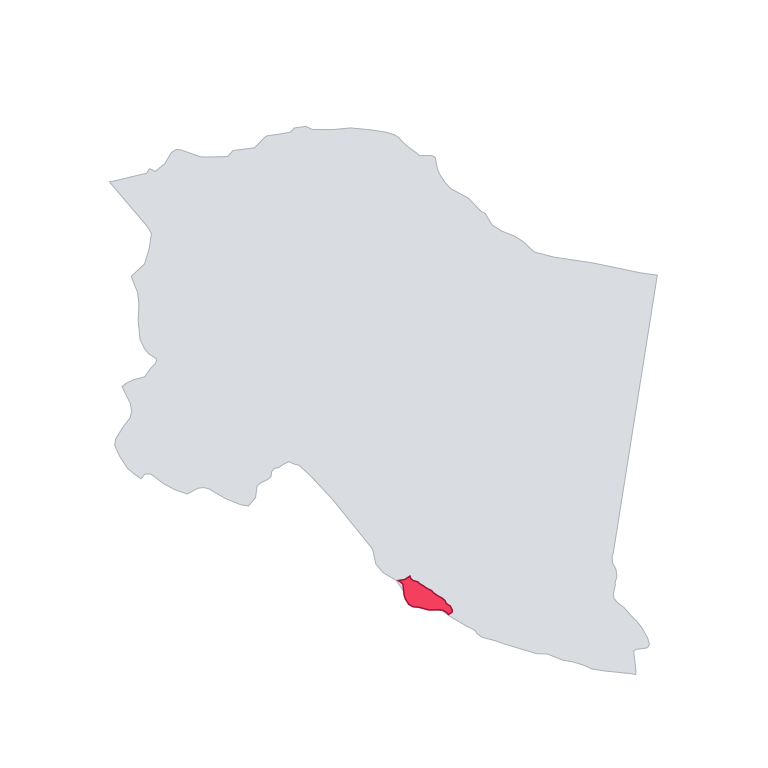 where Bundibugyo sits in Uganda, rotated 279°
{"feature_id": "UGA-3104", "entity_name": "Bundibugyo", "entity_type": "District", "adm_level": 1, "iso_a3": "UGA", "parent_name": "Uganda", "parent_adm1": "", "projection": "natural_earth1", "projection_center": [30.039, 0.68], "detail": "fine", "context": "in_parent", "style": "filled", "palette": "rose", "viewbox_px": 768, "rotation_deg": 279, "n_neighbors": 0, "source": "natural_earth", "source_scale": "10m", "svg_char_len": 2956}
<svg xmlns="http://www.w3.org/2000/svg" viewBox="0 0 768 768"><g transform="rotate(279 384 384)"><path d="M534.2,636.9L524.2,636.9L507.8,636.9L491.5,636.9L475.1,636.9L458.8,636.9L442.4,636.9L426.1,636.9L409.7,636.9L393.4,636.9L377.0,636.9L360.7,636.9L344.3,636.9L328.0,636.9L311.7,636.9L295.3,636.9L279.0,636.9L262.6,636.9L252.9,636.9L251.0,636.6L249.7,636.2L243.5,637.5L237.1,642.2L230.3,644.1L223.1,643.3L222.2,643.9L218.5,643.7L213.2,643.4L208.4,644.6L204.7,648.7L201.0,655.7L194.3,663.7L189.1,670.9L184.6,675.9L174.4,684.2L168.8,686.7L166.1,686.3L164.4,684.8L161.2,674.1L159.2,672.4L139.4,677.9L136.4,678.0L136.6,674.6L135.2,649.6L135.0,634.3L137.6,624.7L139.1,613.6L139.2,603.9L142.9,587.3L141.5,577.3L146.2,542.4L147.5,536.7L149.3,519.9L152.2,514.7L154.8,512.6L158.2,502.3L164.7,485.7L169.2,477.2L168.3,458.6L169.0,446.0L170.0,443.2L179.6,438.4L192.1,426.7L197.3,413.0L204.8,404.2L219.2,398.5L261.9,351.3L281.8,325.8L290.5,312.8L290.8,308.1L292.4,302.0L288.9,297.2L284.8,292.8L283.4,288.8L279.9,286.8L274.8,286.9L271.4,284.0L267.5,278.2L263.7,274.6L251.6,274.9L242.3,269.1L242.4,261.1L246.0,245.4L253.1,227.4L253.5,222.5L252.5,218.2L250.8,214.6L247.6,211.0L244.6,206.7L246.9,193.8L251.4,181.1L255.0,174.7L258.6,167.6L257.6,161.8L252.3,158.9L255.1,153.2L260.7,143.7L271.6,134.0L281.2,127.6L287.6,127.5L300.0,132.7L311.3,138.7L317.5,139.0L325.0,136.5L340.5,125.7L344.3,129.2L348.8,135.7L353.7,146.5L363.5,151.4L368.2,154.8L371.6,155.8L373.5,155.0L377.2,146.5L381.6,141.8L389.9,136.0L408.2,131.3L421.3,129.9L426.8,128.9L436.1,126.2L450.7,117.5L465.1,128.7L480.8,130.9L496.0,130.8L500.6,127.4L503.2,124.8L519.1,106.3L540.6,81.3L555.0,116.5L559.9,118.6L559.3,121.7L558.0,124.6L567.4,133.1L579.0,137.6L583.1,141.9L583.5,146.6L579.6,167.2L580.4,173.1L584.1,193.8L591.0,198.4L597.1,219.2L609.5,228.0L611.2,230.5L614.1,240.6L617.9,251.6L620.9,254.2L622.6,254.8L626.3,266.5L624.2,273.1L627.1,293.0L631.7,310.9L633.0,332.2L633.0,341.6L632.9,347.4L631.8,355.5L629.6,360.2L625.7,364.7L621.3,371.9L617.5,379.6L615.1,383.4L617.0,394.9L616.5,397.9L615.5,399.4L609.9,401.1L602.8,404.2L598.5,407.3L592.3,413.1L587.4,419.4L580.9,438.0L570.0,452.5L568.2,457.3L557.9,465.9L553.4,476.6L550.5,489.6L546.5,499.0L537.9,511.8L535.9,532.1L536.2,572.6L533.9,618.8L534.2,636.9Z" fill="#d9dde1" stroke="#a8b0b8" stroke-width="1"/><path d="M173.6,440.0L174.9,438.8L178.8,436.8L188.6,434.2L189.5,433.6L190.5,432.3L192.1,428.8L194.2,435.1L198.4,439.6L196.1,440.8L194.5,443.3L193.9,448.4L193.1,449.3L192.3,450.6L190.9,454.3L189.5,457.0L188.4,459.9L187.5,463.2L185.5,465.6L183.3,470.2L181.5,475.2L180.6,476.5L179.7,478.1L178.6,478.8L177.4,479.4L176.1,481.6L175.1,484.2L173.3,485.3L172.7,486.0L171.5,486.7L170.4,487.1L169.7,487.0L169.0,486.7L168.0,485.6L167.2,484.7L166.4,483.7L168.2,481.4L168.5,480.6L169.8,477.3L169.6,473.2L167.9,464.6L167.9,462.4L169.0,453.4L168.5,447.9L168.7,446.8L170.4,442.6L171.6,441.8L173.6,440.0Z" fill="#f43f5e" stroke="#9f1239" stroke-width="1.5"/></g></svg>